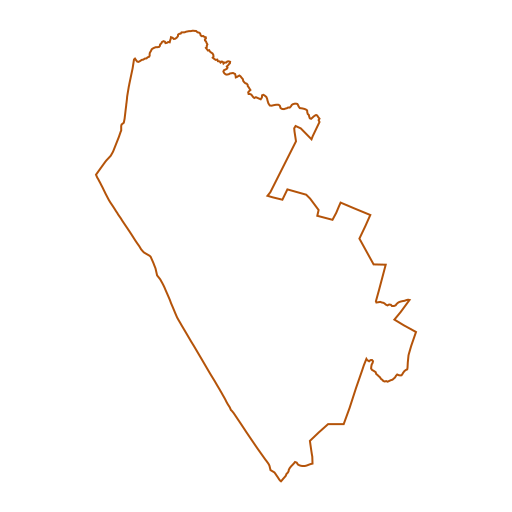 the district of Kapseret, Rift Valley, Kenya
{"feature_id": "3690345B11020389245436", "entity_name": "Kapseret", "entity_type": "district", "adm_level": 2, "iso_a3": "KEN", "parent_name": "Kenya", "parent_adm1": "Rift Valley", "projection": "orthographic", "projection_center": [35.238, 0.421], "detail": "fine", "context": "isolated", "style": "outline", "palette": "amber", "viewbox_px": 512, "rotation_deg": 0, "n_neighbors": 0, "source": "geoboundaries", "source_scale": "gbopen_adm2", "svg_char_len": 5443}
<svg xmlns="http://www.w3.org/2000/svg" viewBox="0 0 512 512"><path d="M314.9,115.6L313.5,116.6L312.6,117.5L311.1,118.8L309.8,118.3L309.2,116.6L308.8,114.9L307.8,114.1L307.3,112.4L307.1,110.4L305.7,109.4L304.3,108.9L302.2,108.4L299.8,108.1L298.7,106.6L298.0,105.0L297.4,104.0L296.2,103.7L294.7,103.7L292.9,104.2L291.8,104.9L290.9,106.4L289.7,107.6L288.1,107.5L287.0,108.2L285.7,108.5L284.0,109.1L282.2,109.0L280.6,108.1L279.8,105.7L278.6,104.8L277.3,104.7L275.8,104.8L273.6,105.2L271.6,105.7L269.8,105.5L268.4,103.4L267.5,100.5L267.1,98.7L266.3,96.9L264.7,95.6L263.4,94.8L262.1,95.3L261.9,97.5L260.7,99.3L258.6,98.4L255.9,97.2L254.3,98.0L253.2,97.1L251.3,94.6L249.9,94.0L248.6,94.0L248.2,92.3L249.2,91.1L250.4,90.0L249.4,88.5L248.8,87.4L247.8,86.2L247.6,84.7L246.6,83.6L245.4,83.3L244.3,82.3L243.3,81.1L242.8,79.1L241.4,77.5L240.6,76.4L239.4,75.5L238.3,76.1L236.9,77.0L235.8,77.4L235.6,75.9L235.1,74.0L233.0,73.0L231.2,73.3L229.9,73.5L228.9,74.2L227.4,74.5L226.2,74.6L225.0,73.9L224.1,73.0L223.4,71.6L223.9,70.3L225.1,69.7L226.7,68.9L227.5,67.7L226.8,66.5L228.2,65.2L229.0,64.1L229.9,63.3L230.1,61.8L228.6,61.3L227.3,61.5L226.3,62.5L224.6,62.5L223.5,63.5L223.1,62.2L221.9,61.5L220.5,62.6L219.7,61.4L217.9,61.2L217.3,59.6L215.7,59.9L214.2,58.9L212.7,57.7L213.5,56.7L213.3,54.8L212.5,53.4L210.9,52.4L209.7,51.3L209.2,50.2L207.9,50.5L207.1,49.4L205.9,47.9L206.8,47.1L206.8,45.7L207.4,44.4L206.5,42.8L206.0,41.4L205.0,40.5L204.9,39.3L205.9,38.5L205.8,37.3L204.2,36.8L203.2,36.0L201.8,36.2L200.7,35.4L200.1,33.4L199.0,32.6L197.5,32.3L196.1,31.0L194.6,30.9L192.8,30.7L190.9,31.1L189.2,31.1L187.7,31.4L186.1,31.7L184.7,32.3L182.8,32.4L181.5,32.4L180.7,33.6L179.3,33.8L178.1,34.6L177.9,36.2L176.8,37.6L175.3,38.7L173.8,39.0L172.6,37.8L171.0,37.2L170.7,38.9L170.1,40.5L169.7,42.3L168.2,42.0L167.0,42.8L165.5,43.1L164.9,41.7L163.5,41.2L162.0,42.0L161.3,43.4L160.1,44.5L159.9,45.9L159.1,46.9L157.4,47.2L155.7,47.2L154.2,47.8L152.8,48.5L151.7,49.3L151.0,50.9L149.9,52.7L149.6,54.1L149.7,55.4L149.2,56.7L147.5,57.4L146.5,58.4L144.8,58.6L143.3,59.6L141.7,59.9L140.3,60.9L138.5,61.9L137.2,61.6L136.1,60.2L135.0,58.6L134.0,59.5L132.6,68.4L131.1,75.5L129.3,84.1L129.1,85.3L128.8,86.6L127.3,95.6L127.1,97.0L127.0,98.5L126.5,102.9L126.3,104.1L126.2,105.4L125.7,109.4L124.6,118.7L123.8,122.7L121.6,124.5L121.2,126.0L121.2,128.0L121.2,130.5L120.5,132.2L119.5,135.1L119.0,136.6L118.3,138.4L114.1,149.0L113.4,150.8L112.7,152.3L110.7,155.8L106.4,160.4L105.2,161.9L100.5,168.4L96.0,174.7L97.2,177.5L98.3,179.3L99.1,180.9L100.1,182.7L101.3,185.1L102.2,186.8L102.8,188.0L103.9,190.3L104.9,192.3L105.4,193.4L108.9,200.1L109.7,201.4L110.3,202.4L113.0,206.4L115.0,209.5L115.9,211.0L117.4,213.2L118.0,214.3L118.9,215.6L120.3,217.6L121.0,218.6L122.0,220.3L123.6,222.7L126.7,227.3L127.4,228.3L128.1,229.4L129.8,231.9L130.5,233.0L131.3,234.2L135.3,240.5L137.2,243.3L138.2,244.7L139.2,246.1L141.1,249.3L142.9,251.4L144.0,252.5L146.2,253.8L149.5,255.7L150.6,256.7L152.0,259.8L153.1,262.3L153.6,263.5L154.2,265.1L155.5,268.4L156.3,271.9L157.1,275.4L160.2,279.3L161.4,281.5L162.1,282.7L163.5,285.4L164.5,287.5L165.5,289.9L168.3,296.3L169.8,299.8L170.5,301.7L171.0,303.1L172.9,307.5L175.3,313.3L176.0,314.9L176.8,316.8L177.5,318.2L178.8,320.5L180.0,322.5L180.8,323.9L181.7,325.5L186.8,334.1L191.0,341.3L193.9,346.0L201.8,359.4L207.4,369.0L210.7,374.6L214.7,381.1L216.9,384.9L219.7,389.6L220.3,390.7L221.2,392.2L222.7,394.9L224.7,398.4L225.6,400.1L226.2,401.4L227.7,404.1L229.8,407.4L230.4,408.8L230.9,410.0L231.8,410.8L233.6,413.0L238.1,419.7L241.0,424.0L246.2,431.9L251.0,439.0L255.7,445.9L257.9,449.1L265.3,459.5L266.4,460.9L268.0,463.1L268.9,464.5L269.5,465.9L270.5,470.1L274.4,472.4L275.5,473.9L276.7,475.7L277.7,477.1L278.9,479.0L279.9,480.4L281.0,481.3L282.1,480.1L282.9,479.1L284.4,477.4L285.7,475.9L286.5,473.9L287.9,472.5L288.6,471.1L288.8,469.8L289.7,468.1L291.2,466.2L292.5,464.9L293.9,463.4L295.0,462.0L296.7,462.6L297.9,464.5L299.4,465.3L301.0,465.8L302.4,466.0L304.8,466.0L306.5,465.6L309.1,464.6L310.5,464.1L312.5,463.6L312.3,456.8L311.8,453.9L311.1,449.3L309.9,440.9L318.9,432.3L328.1,424.1L343.7,424.1L349.6,407.9L356.0,388.1L362.1,370.5L363.8,365.4L366.4,358.9L367.1,360.0L369.1,361.3L370.5,360.1L372.0,360.0L373.0,361.2L372.6,362.9L371.7,364.5L371.3,366.4L371.1,368.5L372.0,369.9L373.6,370.8L375.6,372.1L376.3,374.1L377.5,375.0L378.7,376.2L380.0,377.3L380.9,378.8L382.5,380.0L383.3,381.0L384.7,381.5L386.2,381.1L387.6,381.7L389.1,381.0L390.8,380.2L392.5,379.7L393.5,378.8L395.0,377.5L396.0,375.8L397.2,374.5L398.8,375.2L400.1,375.4L401.5,375.3L402.4,374.1L403.2,372.7L404.5,371.0L406.0,369.9L407.2,369.4L407.5,367.9L407.8,362.4L408.5,355.4L408.9,353.8L411.2,345.9L416.0,332.0L403.8,325.3L394.4,319.6L400.6,312.1L409.5,300.0L408.1,299.7L406.4,300.1L404.5,300.8L402.6,301.1L400.9,301.5L399.3,302.0L397.9,302.8L396.5,304.1L395.7,305.3L394.0,306.0L391.9,306.0L390.9,304.8L389.1,304.5L387.5,305.4L385.8,304.6L384.5,303.4L383.4,302.8L381.8,302.5L380.3,301.9L378.4,302.2L376.4,302.5L375.9,301.3L378.8,290.8L381.8,279.5L385.7,264.7L373.6,264.4L359.4,238.6L365.3,226.2L370.3,215.0L354.3,208.4L340.6,202.6L338.8,206.7L336.2,212.9L332.5,219.8L317.3,215.8L318.6,210.0L310.1,198.6L306.2,194.7L287.4,189.4L282.4,199.7L272.6,197.3L267.5,195.8L270.3,192.3L296.0,141.3L294.5,131.5L294.2,128.3L295.6,126.0L300.8,128.4L311.5,139.3L312.7,136.2L319.5,122.0L318.6,120.1L319.5,118.7L318.2,117.1L317.2,115.5L316.1,115.0L314.9,115.6Z" fill="none" stroke="#b45309" stroke-width="2"/></svg>